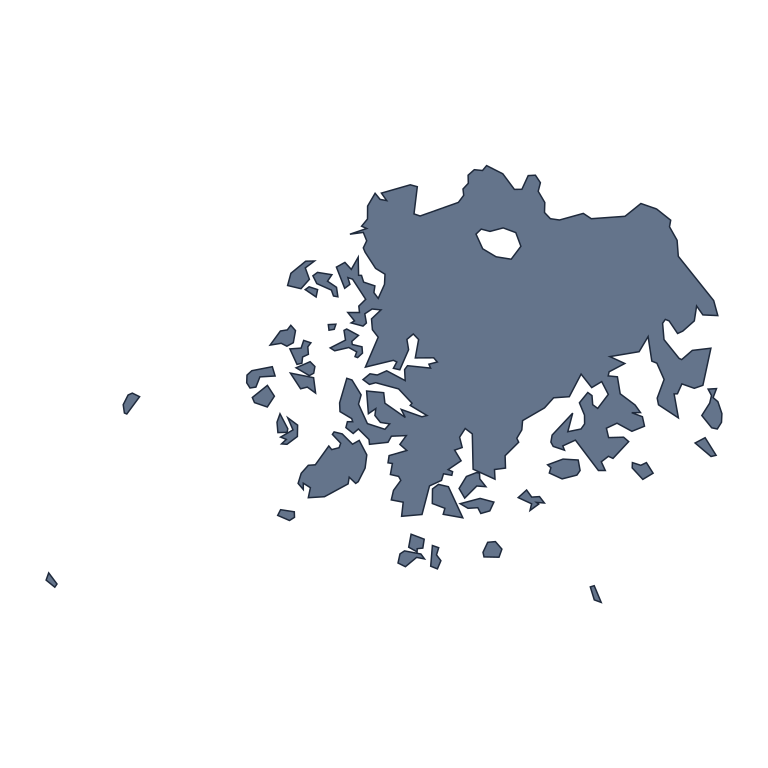 the Metropolitan City of South Jeolla
{"feature_id": "KOR-2506", "entity_name": "South Jeolla", "entity_type": "Metropolitan City", "adm_level": 1, "iso_a3": "KOR", "parent_name": "South Korea", "parent_adm1": "", "projection": "albers", "projection_center": [126.652, 34.734], "detail": "fine", "context": "isolated", "style": "filled", "palette": "slate", "viewbox_px": 768, "rotation_deg": 0, "n_neighbors": 0, "source": "natural_earth", "source_scale": "10m", "svg_char_len": 6158}
<svg xmlns="http://www.w3.org/2000/svg" viewBox="0 0 768 768"><path d="M717.8,315.6L702.9,314.9L696.6,306.0L694.3,320.9L682.8,331.1L677.6,333.5L669.1,320.9L665.3,319.4L662.6,323.3L664.0,339.6L679.1,358.4L681.7,359.6L692.3,350.4L710.9,348.2L702.9,385.3L694.3,388.3L681.9,383.9L677.4,393.8L674.1,393.9L678.4,417.9L658.5,404.8L657.2,398.1L664.1,379.5L656.9,363.2L651.8,361.1L648.1,336.6L639.1,351.7L609.9,356.6L624.8,363.5L609.1,371.8L608.2,375.9L617.4,376.8L620.2,393.8L635.1,405.0L640.5,412.6L631.7,412.7L642.4,416.7L644.5,426.2L631.9,431.3L617.0,423.2L606.4,428.2L608.6,437.6L623.6,437.2L628.7,441.6L613.0,458.4L608.4,456.3L601.3,461.8L605.3,470.5L598.4,470.5L575.4,440.1L562.8,445.9L564.5,450.2L553.2,446.4L550.9,442.1L552.1,435.1L572.7,413.1L567.8,431.7L581.0,429.0L584.6,423.9L584.5,415.1L579.4,402.8L587.8,392.5L592.0,395.6L592.7,404.7L597.7,408.4L608.3,394.4L601.7,381.6L591.7,387.6L581.1,374.1L569.3,396.7L553.6,397.8L544.5,407.9L522.6,420.6L521.8,429.9L516.8,438.3L518.7,442.2L505.1,455.7L505.5,468.1L494.5,469.5L495.0,479.2L473.1,469.2L472.3,433.9L465.2,428.5L459.6,437.2L462.2,447.5L454.6,450.1L461.1,460.8L448.1,469.6L452.6,471.7L451.8,475.3L443.5,473.8L441.5,480.4L429.5,485.9L422.0,514.5L401.6,516.3L403.2,502.2L391.3,499.9L393.5,490.4L400.8,480.4L398.6,476.4L390.4,474.5L392.4,463.5L388.0,462.8L389.1,455.6L406.8,450.5L399.9,444.4L406.3,435.6L391.4,436.2L388.0,442.3L369.5,444.3L369.0,439.5L358.4,429.0L353.2,433.5L345.9,427.6L347.4,421.7L352.7,421.7L351.7,418.6L340.0,411.6L339.6,402.9L346.8,378.3L352.0,380.0L361.1,394.9L358.5,404.1L367.4,423.6L384.9,429.3L389.7,423.9L380.4,422.4L374.9,415.5L375.8,408.6L368.4,413.7L366.6,391.0L383.7,392.7L384.9,403.2L405.3,417.5L401.2,409.4L421.9,416.8L427.0,415.5L410.2,405.4L412.0,403.2L398.6,388.9L375.7,382.7L369.4,384.4L363.0,379.6L370.0,373.8L377.3,375.0L386.7,370.8L405.2,380.6L404.6,369.6L407.5,365.7L430.6,368.1L428.9,364.2L437.3,362.0L433.7,357.8L415.3,357.9L418.6,339.5L413.3,334.0L406.9,339.4L408.6,349.7L399.8,369.8L393.4,368.3L396.8,362.0L393.4,360.3L365.4,367.1L378.2,337.2L372.4,329.7L371.5,318.9L381.0,309.9L372.1,309.0L364.8,313.8L366.4,323.0L363.0,326.1L351.1,322.9L354.5,320.9L347.8,312.5L359.5,312.5L358.8,306.1L365.7,299.3L352.6,279.2L347.9,277.6L349.9,284.4L344.7,288.3L336.4,267.1L344.9,262.4L351.3,269.4L358.2,257.2L358.6,275.3L361.5,275.4L363.6,282.1L374.9,285.9L373.9,292.6L378.2,298.4L384.5,284.4L385.0,274.2L375.6,268.4L365.1,252.2L363.3,247.9L366.7,240.8L363.3,232.4L349.9,234.2L366.7,228.5L361.6,226.2L367.5,219.0L367.6,206.1L375.1,193.3L380.1,199.4L386.7,200.6L381.4,193.1L410.3,184.8L417.3,186.7L414.0,213.9L420.1,216.0L458.4,202.4L463.7,195.3L463.0,189.0L468.3,183.3L468.1,175.2L474.3,169.7L482.5,170.5L486.6,165.6L502.8,173.8L514.4,189.4L521.9,189.3L528.2,175.6L535.4,175.2L540.4,182.7L538.2,191.3L544.8,202.5L544.5,212.5L550.4,218.7L559.5,220.0L583.3,213.4L591.3,218.7L625.0,216.3L640.9,203.5L656.6,209.0L670.7,220.2L669.5,226.8L677.1,240.3L678.3,256.3L713.7,300.6L717.8,315.6ZM515.8,232.6L503.2,227.9L490.0,231.4L481.2,229.1L476.0,234.1L482.7,248.8L496.1,256.8L511.2,259.2L520.9,246.3L515.8,232.6ZM366.8,454.9L365.1,468.1L358.2,481.7L355.7,483.4L349.2,477.2L348.1,483.9L324.5,496.7L308.3,497.7L310.4,487.7L303.3,483.2L303.3,489.5L298.1,483.4L301.2,473.3L308.3,465.3L315.3,464.8L328.8,446.0L331.7,449.6L339.1,447.7L340.7,443.2L332.4,434.4L334.1,431.9L342.2,433.9L352.5,444.2L359.2,440.4L366.8,454.9ZM448.4,486.7L462.8,517.8L443.2,514.3L444.9,508.3L432.3,503.5L432.5,488.9L438.5,484.4L448.4,486.7ZM563.0,459.1L578.2,460.0L580.1,470.5L576.9,475.1L562.1,478.9L549.3,473.0L550.9,467.7L547.6,464.8L563.0,459.1ZM713.1,397.6L717.9,401.7L721.9,413.6L721.5,422.3L717.3,429.0L711.7,427.8L701.8,415.5L709.7,403.1L711.5,395.5L708.1,389.1L716.5,388.6L713.1,397.6ZM301.0,288.7L287.6,285.5L290.9,273.3L305.7,261.2L314.5,261.0L305.3,267.9L309.4,279.3L301.0,288.7ZM352.3,344.5L362.0,346.8L362.5,353.1L357.6,357.6L355.0,356.6L356.7,351.9L348.8,347.5L334.7,350.8L330.2,347.9L345.5,340.1L344.0,330.4L346.7,329.0L358.5,335.4L351.8,341.4L352.3,344.5ZM464.7,498.1L459.1,488.5L466.4,476.5L476.4,472.6L479.5,473.1L479.8,478.9L485.9,486.7L476.8,486.0L464.7,498.1ZM272.3,366.7L275.1,376.0L259.9,376.9L255.9,387.1L250.0,388.0L246.7,382.8L247.0,375.1L251.8,370.7L272.3,366.7ZM287.3,329.9L290.8,325.3L295.5,330.6L293.3,342.7L286.9,346.2L281.2,343.3L270.1,345.1L280.4,331.0L287.3,329.9ZM313.6,377.7L315.6,393.1L307.3,387.1L300.6,388.8L290.4,373.1L313.6,377.7ZM267.4,385.4L274.4,396.2L267.3,407.0L254.5,402.6L252.3,397.5L267.4,385.4ZM297.0,364.4L289.9,348.9L301.1,348.1L303.7,340.4L310.9,342.8L307.8,346.8L308.4,354.3L302.6,357.0L301.9,363.2L297.0,364.4ZM331.4,290.1L316.8,283.6L312.9,275.8L317.5,272.4L331.9,274.7L327.5,281.2L336.5,287.3L337.9,296.8L333.5,296.0L331.4,290.1ZM489.8,510.9L480.8,513.5L477.8,507.7L468.0,508.3L460.2,503.7L480.1,498.4L493.9,502.1L489.8,510.9ZM495.4,541.6L501.9,549.1L499.0,557.2L484.0,556.9L483.0,552.3L487.7,542.3L495.4,541.6ZM420.9,554.0L424.5,558.9L416.6,557.4L405.4,566.7L398.0,563.0L400.0,553.9L404.5,550.9L420.9,554.0ZM646.4,462.6L653.1,473.2L642.8,479.4L632.2,467.9L632.4,462.6L640.8,465.3L646.4,462.6ZM297.6,425.1L297.4,436.5L287.0,444.3L281.5,443.9L286.3,439.4L280.6,437.1L293.0,429.9L287.8,417.8L297.6,425.1ZM705.1,437.7L716.1,455.3L711.0,456.5L695.1,443.0L705.1,437.7ZM424.2,539.2L422.8,548.1L417.2,548.7L417.1,551.9L408.7,547.2L411.1,534.2L424.2,539.2ZM539.5,496.6L544.4,503.0L536.5,502.4L538.7,504.1L530.0,510.5L531.6,503.8L518.2,497.6L526.6,490.0L531.7,497.1L539.5,496.6ZM132.3,393.1L139.6,396.7L126.8,414.0L124.4,413.0L123.2,404.7L128.1,395.0L132.3,393.1ZM436.5,554.9L440.9,560.7L437.4,568.9L430.7,566.2L432.4,545.5L438.7,547.7L436.5,554.9ZM314.9,366.5L313.7,373.2L309.3,375.6L296.1,367.8L310.1,361.7L314.9,366.5ZM287.1,432.3L277.9,432.6L277.0,422.2L280.0,413.8L287.8,428.8L287.1,432.3ZM294.3,511.8L294.5,517.3L289.5,520.5L277.7,515.4L280.6,509.7L294.3,511.8ZM54.8,587.2L46.1,580.1L48.7,572.9L57.0,584.0L54.8,587.2ZM317.6,289.6L316.1,297.0L305.2,289.6L309.1,286.8L317.6,289.6ZM594.2,585.7L601.2,602.4L594.3,599.9L590.3,586.9L594.2,585.7ZM334.2,329.3L329.0,330.2L328.3,324.6L335.9,324.2L334.2,329.3Z" fill="#64748b" stroke="#1e293b" stroke-width="1.5"/></svg>